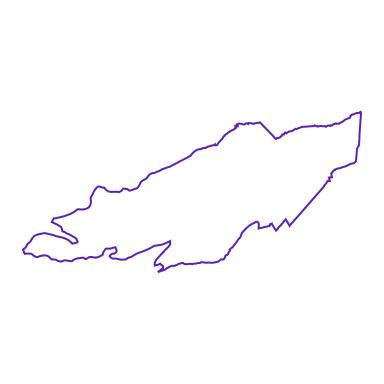 the district of San Felipe Teotlalcingo, Puebla, Mexico
{"feature_id": "50627088B44599402130995", "entity_name": "San Felipe Teotlalcingo", "entity_type": "district", "adm_level": 2, "iso_a3": "MEX", "parent_name": "Mexico", "parent_adm1": "Puebla", "projection": "orthographic", "projection_center": [-98.518, 19.233], "detail": "fine", "context": "isolated", "style": "outline", "palette": "violet", "viewbox_px": 384, "rotation_deg": 0, "n_neighbors": 0, "source": "geoboundaries", "source_scale": "gbopen_adm2", "svg_char_len": 6025}
<svg xmlns="http://www.w3.org/2000/svg" viewBox="0 0 384 384"><path d="M332.0,177.3L331.2,173.5L332.0,172.8L332.7,171.8L333.3,171.0L334.7,169.7L335.2,169.9L335.9,169.2L337.4,168.6L338.2,168.4L339.8,168.2L341.9,167.4L345.6,166.3L348.0,165.2L350.8,163.7L352.8,163.5L354.1,163.0L355.8,161.5L356.5,155.7L357.0,148.9L358.0,146.7L358.8,145.5L359.0,145.0L359.2,143.7L359.1,142.5L359.4,139.2L359.4,136.4L359.6,133.4L360.6,118.6L360.8,116.2L361.0,113.7L360.7,111.9L360.2,112.0L359.2,112.9L358.7,113.1L358.2,113.2L357.7,113.0L357.3,113.0L356.1,113.2L354.8,113.8L353.5,114.5L352.6,114.4L352.2,114.5L351.9,114.7L351.5,115.2L351.0,115.4L350.5,115.6L350.5,116.1L350.3,117.1L350.1,117.4L349.9,117.7L348.6,118.3L348.2,118.4L346.3,119.2L345.8,119.4L344.9,119.8L344.6,120.0L344.0,120.7L343.0,121.4L342.6,121.7L342.2,121.8L341.6,122.2L341.0,122.4L340.5,122.7L339.9,122.9L339.5,123.2L339.1,123.7L338.8,123.9L338.2,123.6L337.9,123.6L337.3,123.7L336.5,123.7L335.6,123.4L335.0,123.8L332.9,124.6L332.4,125.3L332.0,125.5L331.4,125.5L331.2,125.2L330.9,125.2L330.6,125.7L330.3,125.9L329.6,125.9L328.7,125.5L327.9,125.6L327.3,125.8L327.1,126.0L326.5,126.6L326.3,126.7L325.6,126.7L325.3,126.6L325.0,126.2L324.7,126.1L324.4,126.1L323.7,126.3L322.9,126.3L321.2,125.9L320.0,126.0L319.6,126.1L318.8,126.4L317.5,126.5L317.1,126.4L317.3,126.1L316.9,126.0L315.1,125.7L314.6,125.4L313.8,126.1L313.6,126.1L307.6,126.5L305.0,126.7L302.6,126.8L298.7,128.1L296.7,129.0L296.3,128.9L295.5,128.8L292.7,130.7L291.2,131.2L289.3,131.4L287.0,132.8L286.5,133.3L285.6,132.6L285.1,132.5L284.5,133.2L283.8,134.6L282.3,134.5L281.8,135.4L281.6,136.1L280.7,136.5L280.1,137.3L278.8,137.8L276.3,138.4L276.0,138.9L274.8,138.1L272.7,135.5L265.0,127.6L260.0,122.4L258.9,122.8L258.1,122.9L257.2,122.9L256.4,123.0L255.6,123.3L255.1,123.4L254.5,123.5L253.3,123.7L252.6,123.7L251.5,123.3L248.6,123.1L248.1,123.2L248.0,123.9L247.0,123.4L246.3,123.3L244.9,124.3L243.5,124.5L242.9,124.4L242.3,124.3L241.8,124.0L241.4,123.9L240.2,123.7L239.7,123.7L238.8,123.5L238.5,123.8L238.0,124.1L236.7,124.4L236.7,124.9L237.8,124.8L237.7,126.4L235.4,126.0L235.9,127.8L235.7,128.0L235.1,128.1L234.8,128.5L234.8,128.8L234.0,129.4L231.7,130.4L230.9,130.8L230.0,131.3L229.2,132.0L228.4,132.4L227.6,133.0L227.0,133.8L225.1,134.8L224.8,135.7L223.8,136.2L222.1,139.0L221.4,139.8L220.7,140.4L220.1,141.2L219.2,141.9L217.8,143.8L217.3,144.7L215.9,145.4L214.8,145.2L214.8,144.5L214.3,144.9L213.9,145.1L212.1,145.5L207.1,146.9L205.7,148.0L203.4,147.9L200.5,149.3L199.5,149.2L197.0,149.8L193.9,151.9L191.4,154.5L190.7,155.7L169.6,166.8L168.0,167.2L165.4,168.2L162.1,169.2L159.2,171.1L156.5,171.9L154.4,173.0L152.3,173.1L149.8,174.3L148.0,176.3L146.3,178.7L144.6,179.5L143.1,180.3L141.5,181.5L140.7,182.3L139.0,185.9L137.2,188.2L135.1,188.8L130.8,190.4L129.3,190.6L127.5,189.2L125.6,188.8L123.0,188.7L121.5,190.9L118.8,192.2L117.1,191.8L114.1,191.8L111.4,192.0L108.3,191.4L107.3,190.7L105.5,189.3L104.1,187.6L102.5,187.6L99.3,186.4L97.5,186.8L95.0,189.6L93.7,191.9L92.4,194.8L91.0,197.1L90.6,198.6L90.8,199.9L91.0,202.4L90.3,205.0L89.0,207.2L87.2,208.3L84.9,209.2L81.8,209.5L79.6,209.4L77.8,209.2L73.5,212.3L70.8,213.8L65.4,215.8L63.1,216.5L55.4,218.3L53.8,218.4L51.8,222.1L56.6,224.3L61.0,226.9L61.9,228.7L62.4,231.3L64.5,232.0L66.7,233.4L69.9,234.7L74.5,237.4L75.4,238.1L76.4,238.7L77.0,240.4L77.7,241.7L77.1,242.5L72.4,243.7L70.8,242.1L68.3,240.0L66.0,238.9L62.4,237.5L59.5,236.9L56.3,236.2L53.4,235.2L48.5,233.9L44.4,233.1L38.0,234.4L34.4,235.9L32.3,238.2L30.4,241.5L28.7,243.0L27.6,243.9L26.8,245.3L25.9,247.1L25.1,247.9L23.0,249.5L23.3,250.4L23.9,251.6L24.1,252.7L24.8,253.9L26.5,253.5L31.6,253.8L33.6,255.8L36.5,257.1L38.0,256.9L40.5,255.9L44.2,255.4L46.3,255.5L48.5,256.4L50.7,258.7L51.9,259.4L55.8,259.6L58.0,261.0L61.0,261.6L64.5,260.3L65.9,260.4L70.9,261.2L72.1,261.1L73.5,259.9L76.2,258.6L80.5,258.0L82.0,257.7L83.8,257.8L85.6,259.2L87.8,258.0L89.2,257.1L91.9,257.0L93.7,257.4L95.9,257.6L97.8,257.2L100.2,256.2L102.7,254.7L103.2,252.4L104.5,250.6L105.2,249.3L106.4,248.6L108.5,248.7L110.3,248.6L111.5,248.3L114.1,247.5L115.3,247.3L116.1,248.9L116.6,250.6L116.5,251.7L115.8,252.6L114.2,253.7L112.4,253.7L110.7,254.7L109.7,256.1L110.8,257.6L112.9,258.6L115.5,258.5L121.0,259.7L123.9,259.6L125.8,259.4L128.0,257.9L131.1,256.9L135.1,254.6L136.5,253.7L143.4,251.2L149.0,248.8L151.4,247.5L154.2,245.9L161.1,244.8L163.8,244.0L167.2,242.5L170.1,241.1L170.2,244.3L168.3,247.0L166.2,248.9L164.7,250.5L163.6,252.1L163.0,252.3L162.8,252.7L159.4,256.2L156.0,260.0L155.5,261.1L154.7,263.2L154.7,265.5L158.1,264.8L160.2,263.7L160.9,264.5L163.1,266.2L163.1,268.0L157.9,272.1L165.2,269.5L165.2,269.4L167.3,268.0L169.4,266.9L170.4,266.3L172.7,265.7L174.3,266.0L175.6,265.3L177.0,264.9L178.4,264.0L179.9,263.5L181.4,263.3L183.0,262.8L184.1,263.9L185.9,264.2L190.8,263.8L192.4,264.2L193.5,263.7L194.8,263.7L197.2,263.3L198.3,263.0L199.8,263.0L201.3,262.2L202.6,262.3L206.7,262.8L208.4,262.5L210.4,262.7L212.8,262.8L218.2,261.7L220.9,259.5L222.0,259.3L222.9,259.6L223.8,259.1L224.7,257.9L225.1,256.5L225.8,255.4L227.0,254.9L228.1,254.1L228.4,252.8L229.0,251.9L230.0,250.8L229.5,249.9L230.5,248.8L233.0,246.8L233.6,245.8L235.0,244.0L235.9,243.1L237.0,241.3L237.8,240.0L239.7,237.9L240.7,236.5L241.0,235.1L241.6,234.0L241.9,232.8L243.5,231.2L244.5,230.0L245.9,228.7L246.9,227.6L248.4,226.4L250.2,225.0L251.3,224.3L251.7,224.2L252.3,223.8L254.0,223.1L254.9,222.5L255.3,222.1L255.6,221.9L256.0,221.7L256.6,221.8L257.4,221.8L258.0,222.2L258.4,222.8L258.6,223.3L258.7,223.8L258.8,226.3L258.6,228.5L268.7,226.1L269.5,226.1L269.9,225.5L269.8,225.0L270.1,224.7L270.1,224.2L270.3,224.0L271.3,223.8L271.7,223.6L271.7,223.8L276.0,230.6L276.3,230.3L276.7,229.9L277.1,229.3L277.4,229.3L277.4,229.0L278.6,227.6L279.9,226.1L280.6,225.4L281.6,224.1L283.0,222.7L283.2,222.3L284.6,220.6L285.7,219.3L289.6,225.8L289.9,225.2L291.8,223.0L292.9,222.1L293.7,221.1L293.7,220.8L295.3,219.3L323.9,186.5L324.0,185.9L326.0,183.6L327.6,181.0L328.0,181.1L329.8,181.1L329.0,177.6L329.5,177.4L332.0,177.3Z" fill="none" stroke="#5b21b6" stroke-width="2"/></svg>